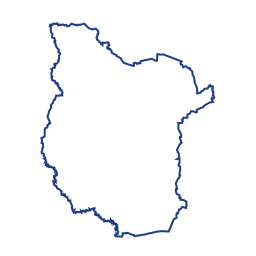 the district of Nong Song Hong, Khon Kaen, Thailand, rotated 357°
{"feature_id": "78962969B38017205810186", "entity_name": "Nong Song Hong", "entity_type": "district", "adm_level": 2, "iso_a3": "THA", "parent_name": "Thailand", "parent_adm1": "Khon Kaen", "projection": "natural_earth1", "projection_center": [102.768, 15.769], "detail": "fine", "context": "isolated", "style": "outline", "palette": "blue", "viewbox_px": 256, "rotation_deg": 357, "n_neighbors": 0, "source": "geoboundaries", "source_scale": "gbopen_adm2", "svg_char_len": 5696}
<svg xmlns="http://www.w3.org/2000/svg" viewBox="0 0 256 256"><g transform="rotate(357 128 128)"><path d="M151.7,233.0L156.3,232.8L163.3,233.5L168.9,221.6L171.7,220.2L171.9,216.4L172.3,215.6L173.5,215.7L174.7,212.1L175.8,212.1L177.9,209.7L181.8,210.9L181.8,209.8L182.6,208.3L182.2,205.7L182.5,204.6L179.9,202.9L176.6,202.3L176.9,200.4L175.6,200.4L175.9,197.7L173.1,196.3L172.5,193.3L172.7,191.6L173.8,191.6L173.8,190.7L172.8,186.0L175.2,181.5L176.4,180.7L177.6,177.7L177.0,177.5L177.0,175.7L178.0,172.8L178.0,169.1L176.8,168.4L176.4,167.4L177.7,165.4L177.7,161.6L175.8,161.5L177.8,160.4L177.4,159.2L177.4,156.1L176.4,154.9L176.6,154.1L175.8,152.8L175.9,152.1L178.6,147.4L180.6,145.6L180.1,145.0L180.1,143.4L179.3,141.4L179.6,139.6L180.6,139.7L180.8,138.3L180.1,135.6L178.2,131.6L178.6,127.1L178.3,125.7L182.4,125.7L183.1,124.0L182.2,122.7L183.6,121.6L183.8,120.6L187.9,120.8L188.0,117.8L190.7,116.7L191.8,114.5L194.2,114.8L196.2,116.0L197.2,116.0L197.6,115.8L197.6,113.4L203.0,111.3L204.0,111.4L205.2,109.7L210.6,106.9L214.2,106.5L212.9,103.2L213.6,102.2L214.4,102.8L214.9,102.3L215.3,102.7L215.6,102.2L215.1,100.0L214.5,99.7L215.0,98.6L215.1,97.0L214.5,96.5L214.8,94.9L214.0,94.1L214.3,92.7L215.0,92.4L214.7,90.7L212.5,90.7L212.4,90.3L211.9,90.4L211.8,89.7L211.2,90.3L211.3,90.9L210.7,91.0L209.6,92.7L206.6,92.8L204.9,94.7L204.1,94.7L202.7,95.7L202.5,96.4L198.9,97.1L199.0,91.6L197.0,86.1L196.5,80.4L195.3,78.3L195.1,74.7L193.4,73.2L193.2,72.0L192.6,71.9L192.5,71.3L191.7,71.5L190.3,70.8L189.5,69.7L188.5,69.3L186.3,70.3L185.4,67.6L184.2,67.4L184.0,65.3L185.0,64.3L166.7,56.2L165.1,56.5L161.2,55.8L160.5,62.2L158.6,62.2L157.1,60.9L155.0,60.2L144.7,61.8L143.9,62.4L143.8,63.9L143.0,64.2L141.8,63.7L140.6,64.6L139.4,63.5L138.2,63.2L137.0,63.8L137.3,65.6L136.7,66.4L127.3,62.8L125.5,60.4L124.5,58.1L120.2,55.4L120.3,54.8L119.2,54.1L116.2,52.4L115.6,51.7L115.8,50.6L114.4,48.2L113.2,47.6L112.9,48.3L111.4,47.2L111.4,46.2L113.5,44.6L113.7,43.8L112.8,43.0L113.1,41.9L112.2,41.3L109.8,41.8L107.2,41.4L106.9,43.9L105.3,42.5L105.0,41.4L103.6,40.5L103.3,39.3L101.6,37.9L101.3,35.8L101.9,35.4L102.3,33.2L102.8,33.3L103.3,32.3L103.1,31.9L103.4,30.5L103.0,29.2L101.2,27.7L101.2,27.3L99.6,27.1L97.9,27.8L94.1,26.3L89.8,21.5L85.5,22.5L83.9,22.2L82.7,22.9L82.2,22.2L81.6,22.5L79.2,21.9L77.5,20.9L77.2,21.4L76.2,21.4L74.8,23.0L72.8,23.3L71.7,21.7L69.9,22.3L68.8,21.2L66.0,21.6L64.8,21.0L64.4,21.8L63.5,21.7L62.6,19.8L61.1,20.5L60.2,19.9L58.6,19.9L58.0,21.2L57.0,20.7L56.5,21.2L55.6,20.8L55.2,22.4L56.3,23.0L56.4,23.5L55.9,25.5L56.2,28.4L57.4,30.3L56.9,33.6L59.2,34.4L59.5,35.9L59.0,37.9L59.9,37.6L59.8,40.2L60.2,40.8L60.3,42.3L62.1,45.5L62.8,45.7L63.0,46.5L62.4,48.0L62.6,48.8L63.2,48.7L64.2,50.2L63.0,52.4L62.9,55.2L61.9,56.8L62.3,57.0L62.0,58.1L60.1,60.1L58.0,59.9L57.7,60.5L58.6,62.0L58.2,62.2L58.3,63.1L57.8,64.1L57.0,63.8L55.4,64.7L55.2,65.4L54.6,65.4L55.3,67.0L54.2,70.0L54.3,71.2L55.1,72.8L54.8,73.3L54.3,73.0L54.1,73.7L54.5,73.9L54.9,76.4L57.5,77.2L57.8,78.3L58.3,78.8L57.9,79.1L58.2,79.7L59.8,79.5L59.8,80.4L60.4,81.0L59.8,81.4L61.1,83.7L61.1,84.4L61.5,84.8L61.8,84.3L62.5,84.8L62.3,86.4L63.6,86.7L63.4,87.3L64.3,88.5L64.4,89.7L63.6,90.5L64.1,92.0L61.6,91.8L60.3,92.3L58.0,91.8L56.5,95.9L55.4,96.0L54.2,99.4L52.5,100.5L52.1,101.9L52.5,102.8L52.0,104.3L49.8,107.5L49.5,109.5L48.5,111.2L48.4,113.3L49.9,116.7L50.5,119.2L49.4,119.2L49.2,120.1L47.5,121.0L47.8,122.2L47.3,123.2L45.6,123.8L44.8,125.0L44.3,132.2L40.9,133.6L41.6,135.4L40.9,138.4L42.2,138.9L42.3,142.5L41.4,143.8L41.4,145.5L40.4,147.5L40.8,148.9L42.1,149.2L42.9,150.3L42.4,151.0L42.7,152.0L43.7,153.3L43.5,154.2L42.9,154.3L44.2,155.8L44.3,156.7L43.8,157.3L44.2,157.9L43.7,158.3L44.6,158.4L43.9,160.7L44.5,160.8L44.9,161.5L45.1,160.8L45.8,160.9L45.6,160.0L46.1,160.0L46.5,161.7L47.3,161.7L47.2,162.8L48.9,163.0L49.2,162.6L49.7,163.3L51.0,163.5L51.3,164.2L51.6,163.5L52.2,163.5L52.6,164.1L52.4,166.0L53.3,167.2L53.6,166.7L54.1,166.9L54.2,167.9L53.7,167.8L53.6,168.3L53.1,168.6L54.4,169.6L54.2,170.0L54.7,170.0L54.3,171.4L52.9,171.5L52.9,172.3L52.0,171.8L51.5,172.1L51.5,173.5L53.4,176.7L52.7,177.1L52.8,177.7L51.9,176.8L50.8,176.7L50.6,178.2L51.4,178.8L50.9,179.0L51.1,180.7L52.4,181.5L52.6,182.3L53.5,182.2L54.2,184.7L56.5,185.9L58.5,188.2L58.0,189.2L58.4,191.4L59.1,191.5L59.3,190.9L59.9,190.7L60.1,191.9L60.5,192.1L60.8,191.0L61.3,190.9L61.8,192.4L61.5,192.8L62.4,193.5L63.8,193.8L63.7,194.7L64.5,196.2L64.4,197.2L65.1,197.2L65.2,197.6L66.6,197.4L66.5,198.9L68.2,202.9L67.7,204.7L68.3,205.6L68.0,206.4L68.6,207.7L69.7,207.2L69.0,208.4L69.4,209.7L70.6,209.2L71.2,209.9L71.6,209.0L72.2,208.9L72.6,209.5L76.0,209.3L76.3,210.2L76.5,208.0L77.4,208.9L77.0,209.4L77.3,210.1L78.8,208.2L79.4,208.9L80.8,208.2L81.1,209.6L82.5,208.7L82.7,207.8L84.5,208.4L85.6,207.8L85.4,206.8L86.1,207.3L86.2,208.0L87.8,206.9L89.1,207.3L89.5,206.3L90.4,206.4L89.7,208.4L90.4,209.6L91.2,210.0L91.0,210.7L91.7,211.2L91.2,212.3L90.5,212.4L90.6,212.9L91.7,213.2L92.3,212.8L92.8,213.7L93.9,213.1L94.0,213.9L94.8,214.2L94.7,215.7L95.3,216.1L96.2,215.8L96.5,216.3L96.3,217.1L98.3,218.3L98.9,218.0L98.9,219.2L99.8,219.2L99.7,220.1L101.6,219.7L102.1,220.1L102.7,219.5L104.1,219.7L104.6,220.4L105.4,219.8L106.0,220.9L106.1,219.0L106.7,220.0L107.2,220.0L107.0,221.7L107.8,221.9L108.3,221.2L108.4,222.6L109.0,221.7L109.9,222.6L109.6,223.1L111.2,223.2L111.1,224.1L111.8,224.3L111.2,225.0L112.2,226.1L112.3,226.8L111.6,226.8L111.0,227.8L110.4,227.1L109.8,228.0L110.5,229.3L111.1,228.6L111.9,228.6L112.7,231.2L112.2,231.7L112.1,233.1L110.7,232.7L110.4,233.8L109.4,234.4L110.0,235.5L116.3,236.2L117.3,234.1L117.1,232.9L120.4,233.1L120.5,232.6L123.1,233.1L126.7,234.9L128.7,235.4L128.8,236.2L130.0,236.2L138.4,235.3L151.7,233.0Z" fill="none" stroke="#1e3a8a" stroke-width="2"/></g></svg>